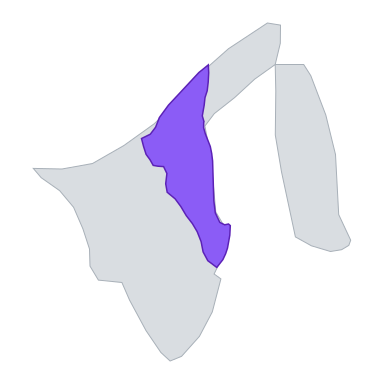 where Tutong sits in Brunei
{"feature_id": "BRN-1184", "entity_name": "Tutong", "entity_type": "District", "adm_level": 1, "iso_a3": "BRN", "parent_name": "Brunei", "parent_adm1": "", "projection": "equal_earth", "projection_center": [114.706, 4.599], "detail": "fine", "context": "in_parent", "style": "filled", "palette": "violet", "viewbox_px": 384, "rotation_deg": 0, "n_neighbors": 0, "source": "natural_earth", "source_scale": "10m", "svg_char_len": 1448}
<svg xmlns="http://www.w3.org/2000/svg" viewBox="0 0 384 384"><path d="M275.2,64.5L254.6,79.2L234.5,97.7L214.3,113.6L204.9,126.0L208.2,143.5L213.1,181.9L215.8,212.0L222.9,223.9L228.4,236.0L226.1,249.1L214.1,274.0L220.9,278.9L212.3,311.9L199.4,336.4L181.6,356.3L170.1,361.0L160.9,352.5L146.0,330.6L129.6,300.2L121.9,282.5L98.4,280.1L90.0,266.1L89.5,249.0L82.9,228.8L73.6,207.3L59.7,190.7L41.2,177.7L33.3,168.4L62.0,169.0L92.5,163.5L123.9,145.5L154.2,123.8L179.6,98.9L203.4,70.9L228.5,48.7L267.4,23.0L280.5,25.1L280.3,43.3L275.2,64.5ZM303.7,64.5L310.8,75.7L325.8,115.0L335.5,154.5L338.7,214.6L350.7,240.2L348.8,245.4L341.6,249.7L330.5,251.5L311.4,245.8L295.4,236.9L281.5,171.8L275.3,135.0L275.8,91.1L275.2,64.5L303.7,64.5Z" fill="#d9dde1" stroke="#a8b0b8" stroke-width="1"/><path d="M204.0,121.8L203.7,122.2L203.6,127.7L205.4,134.0L210.3,146.5L211.7,153.5L212.6,161.0L213.8,200.6L215.3,212.9L219.8,222.4L224.7,224.8L228.5,224.0L230.3,225.6L229.8,235.3L227.5,248.1L225.6,253.8L222.9,259.6L216.8,267.4L216.2,267.0L207.8,260.7L203.1,251.9L201.1,241.6L197.2,231.7L192.4,223.6L186.3,215.7L180.8,206.5L175.1,198.8L167.2,192.3L165.7,183.8L166.9,173.5L163.6,166.6L157.9,166.2L153.2,165.4L150.0,159.7L146.1,154.4L143.6,146.6L141.5,138.5L150.3,134.2L155.6,127.2L159.4,117.5L168.5,105.1L198.9,72.5L208.3,64.9L208.7,72.8L208.2,82.1L207.2,90.8L205.0,97.6L204.2,105.0L202.3,115.9L204.0,121.7L204.0,121.8Z" fill="#8b5cf6" stroke="#5b21b6" stroke-width="1.5"/></svg>